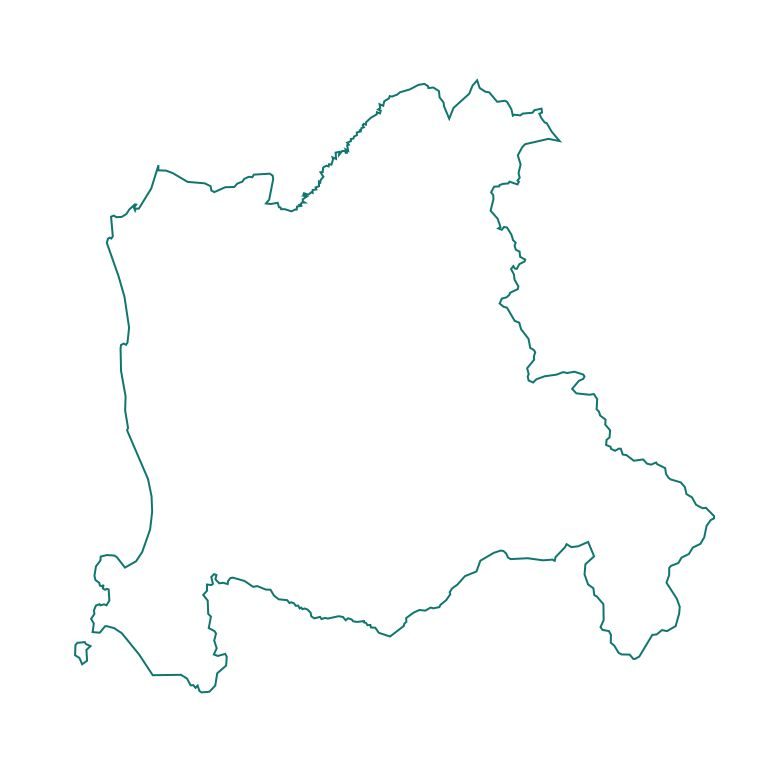 Lang Suan, Chumphon, Thailand (orthographic projection), rotated 177°
{"feature_id": "78962969B12315134210543", "entity_name": "Lang Suan", "entity_type": "district", "adm_level": 2, "iso_a3": "THA", "parent_name": "Thailand", "parent_adm1": "Chumphon", "projection": "orthographic", "projection_center": [99.044, 9.933], "detail": "fine", "context": "isolated", "style": "outline", "palette": "teal", "viewbox_px": 768, "rotation_deg": 177, "n_neighbors": 0, "source": "geoboundaries", "source_scale": "gbopen_adm2", "svg_char_len": 6138}
<svg xmlns="http://www.w3.org/2000/svg" viewBox="0 0 768 768"><g transform="rotate(177 384 384)"><path d="M61.5,232.5L61.3,234.8L69.0,243.5L72.5,243.3L78.7,247.1L82.4,254.7L87.7,258.2L88.9,265.2L92.7,270.2L102.7,273.7L104.7,275.4L107.1,279.5L107.6,285.3L115.5,289.7L116.4,291.4L121.4,289.5L125.6,290.7L129.1,295.1L138.5,294.3L145.6,300.3L149.3,301.1L150.9,306.9L152.8,307.2L156.8,305.2L160.7,307.4L161.0,309.4L165.4,311.5L164.6,316.6L161.6,318.8L160.6,325.9L165.2,331.9L164.6,336.8L169.8,341.2L170.8,345.2L173.0,347.6L171.9,357.8L175.0,363.0L179.2,362.5L192.4,364.6L196.4,369.3L189.2,377.0L184.7,378.7L183.4,381.0L184.5,383.0L193.2,386.3L200.5,385.4L204.4,386.5L211.3,384.3L223.2,383.3L231.7,380.7L235.0,377.7L239.4,379.9L240.1,383.9L239.0,386.2L240.2,392.3L232.8,400.4L232.9,403.7L231.3,407.8L232.6,410.2L236.1,412.4L237.3,421.5L244.3,431.6L245.7,438.2L250.2,440.2L257.2,453.8L260.3,454.7L264.3,458.3L261.9,463.1L257.2,464.1L254.0,466.6L253.5,468.4L245.4,471.8L244.7,474.5L248.2,481.4L248.5,486.6L251.1,492.1L248.7,495.0L247.2,492.3L245.3,492.1L242.6,496.6L237.2,499.0L236.5,500.8L241.4,503.9L241.7,509.1L245.3,511.2L246.4,515.1L245.1,518.1L247.6,520.9L248.9,526.4L252.9,533.8L255.9,534.5L258.3,531.8L261.7,533.4L259.5,534.6L261.8,543.0L268.5,551.5L265.1,562.6L265.0,566.8L267.0,569.9L263.7,575.3L258.6,575.3L258.2,576.6L254.9,577.6L249.3,577.8L248.1,579.5L240.2,576.3L238.7,578.9L240.0,580.1L237.7,582.9L238.6,587.6L236.1,596.1L238.4,605.3L233.7,613.1L230.5,616.1L206.9,620.2L195.9,617.4L203.4,627.3L207.8,635.9L209.9,636.8L213.0,641.4L214.7,645.8L212.0,646.8L212.3,650.7L219.4,649.6L221.5,647.1L231.4,646.8L233.8,645.1L239.6,646.1L241.3,645.2L242.4,651.7L246.3,659.3L248.4,660.5L256.2,659.9L263.7,669.8L267.5,670.6L273.0,674.6L275.1,682.4L280.0,677.3L283.7,669.4L300.1,656.1L305.0,645.5L309.5,658.2L309.8,662.1L313.5,667.3L313.8,673.6L319.2,677.5L324.2,677.2L324.4,679.1L328.0,681.6L334.0,680.9L342.9,676.8L353.0,674.4L355.5,672.4L361.0,670.6L363.2,671.2L364.2,668.9L368.9,666.4L370.2,661.9L373.8,663.6L373.3,659.9L375.5,658.4L372.9,657.2L373.9,654.4L376.8,655.8L377.2,653.6L383.3,650.5L388.2,646.3L388.5,643.9L390.7,644.8L391.8,643.5L390.6,641.4L393.2,640.7L393.6,638.8L394.8,638.6L394.2,637.4L398.0,636.6L398.0,633.9L401.0,632.7L401.6,630.7L404.3,630.4L404.3,628.3L408.1,626.9L406.6,624.8L408.3,624.3L407.6,618.7L410.0,620.2L408.9,616.9L410.1,616.8L410.7,618.8L413.7,618.8L416.8,615.2L416.4,618.2L420.2,617.6L420.1,611.3L423.5,613.0L423.1,611.2L425.0,605.8L427.3,606.4L427.9,604.2L430.0,605.0L432.4,604.0L433.5,603.2L434.1,598.9L436.3,598.8L433.7,594.1L436.7,590.8L437.1,588.5L438.4,589.5L438.5,584.9L442.0,583.9L441.4,581.8L445.1,581.5L445.3,578.6L446.5,579.3L449.7,577.0L453.9,578.7L454.4,577.5L452.8,576.6L454.2,576.1L451.3,575.2L455.6,572.6L455.4,570.4L453.8,569.4L456.3,569.5L457.7,568.2L457.3,566.9L458.8,567.1L458.0,566.1L461.6,565.7L462.2,561.9L462.4,563.3L467.4,561.3L474.0,563.8L477.6,563.9L478.1,565.7L479.6,566.0L480.7,570.5L487.7,569.7L492.4,570.5L489.0,574.2L483.9,594.5L484.3,597.9L487.0,600.0L503.0,599.9L504.7,597.4L508.2,598.0L512.9,596.1L514.8,593.5L519.8,591.9L523.3,588.6L532.3,588.8L543.4,584.5L546.3,586.3L546.8,590.6L552.6,593.8L569.5,596.1L584.0,605.7L590.5,608.5L598.2,609.2L597.8,614.3L606.2,591.4L619.7,571.9L622.7,572.2L623.5,570.3L624.5,573.1L622.1,576.1L623.3,576.5L629.2,571.6L632.4,567.2L637.2,564.6L642.6,564.6L645.0,566.3L647.8,565.4L647.1,545.6L648.7,543.5L650.3,544.5L652.1,543.5L653.4,539.4L643.5,505.7L638.6,484.6L635.6,453.6L638.0,438.8L639.6,436.6L641.7,438.0L644.5,436.8L645.2,433.6L645.9,410.7L642.7,385.0L643.9,371.1L641.9,353.6L643.0,351.2L624.6,301.3L622.0,283.9L622.2,268.5L625.2,250.9L634.3,228.8L640.9,219.9L652.3,214.2L659.8,225.0L662.3,226.8L669.7,227.7L675.9,226.5L676.5,222.5L681.2,216.9L683.2,207.7L682.4,203.3L678.8,200.4L678.3,197.6L675.9,196.6L674.6,198.2L675.4,194.5L673.3,193.1L671.3,194.0L669.7,193.2L669.6,182.1L672.7,177.5L675.0,178.6L678.8,177.8L679.6,179.0L683.3,177.8L685.5,173.1L685.2,169.6L688.8,164.8L686.3,159.9L688.0,151.5L680.9,150.5L675.2,156.7L673.7,156.7L666.4,154.4L658.9,148.9L642.6,126.5L630.2,105.3L601.9,104.2L596.1,100.1L592.9,93.2L590.2,93.3L588.2,90.4L585.9,92.6L584.4,87.1L582.4,85.6L574.5,85.8L568.3,91.6L565.7,103.8L556.4,111.1L555.3,119.8L556.7,122.8L564.2,121.1L568.1,122.8L564.9,128.8L567.0,136.7L564.8,143.5L566.3,146.2L571.8,149.4L569.0,160.8L571.6,163.7L571.4,177.0L575.6,182.8L571.5,186.9L571.3,193.0L566.9,192.3L565.3,193.4L566.6,200.3L563.6,203.0L561.3,202.0L562.6,197.9L559.0,193.6L555.0,193.9L550.6,192.4L550.0,195.4L547.5,198.3L545.0,198.5L533.6,194.6L525.3,188.3L521.1,188.8L512.8,184.9L508.1,184.5L505.0,178.5L500.4,174.5L492.0,173.2L489.9,170.2L488.0,170.9L485.3,169.6L483.7,167.1L481.3,167.2L480.0,164.3L478.5,165.1L477.2,163.4L475.0,164.0L472.1,162.7L469.3,159.5L468.7,155.7L465.9,153.6L460.0,154.8L458.7,152.5L455.4,153.5L452.3,152.7L441.4,154.5L437.2,153.5L434.7,150.1L432.1,151.9L428.5,150.5L427.3,148.7L423.6,147.8L416.4,148.3L416.6,147.1L414.4,146.3L413.1,144.0L410.2,144.1L409.9,141.6L405.5,141.1L402.2,135.8L391.2,131.5L376.8,141.4L376.2,143.7L374.1,145.3L374.1,149.1L366.5,154.1L360.4,156.5L354.6,155.5L349.2,158.3L346.4,157.4L340.4,158.3L339.2,160.5L333.1,165.0L328.8,170.6L329.3,172.6L326.8,176.2L321.1,179.9L313.2,187.9L301.5,191.9L297.0,202.5L283.1,209.7L276.4,211.5L273.6,211.1L270.9,208.4L269.3,204.2L266.6,202.5L249.8,202.5L234.4,199.6L225.0,199.8L222.8,198.5L221.7,202.2L211.8,211.5L210.1,214.5L205.4,211.3L198.5,211.8L188.4,215.6L183.2,200.9L192.3,193.5L193.7,183.4L190.7,173.2L185.6,169.0L185.0,162.1L182.7,160.8L176.4,152.6L177.0,136.7L180.5,129.9L178.7,127.0L172.3,125.5L170.5,121.5L171.1,113.8L167.7,110.6L163.8,103.3L160.9,101.5L152.8,100.9L149.5,96.5L148.0,96.2L143.3,98.5L129.2,119.4L124.7,119.7L119.3,123.7L114.3,122.4L105.4,127.0L101.3,139.2L100.3,145.9L102.8,154.2L112.3,170.8L109.2,178.3L108.8,185.4L106.9,187.4L99.4,189.8L96.0,195.0L88.4,198.3L84.2,204.5L76.4,207.8L72.2,214.2L69.3,225.4L64.9,231.0L61.5,232.5ZM705.8,139.4L706.7,129.3L702.5,126.4L700.1,119.9L695.0,123.2L695.1,134.0L690.8,137.6L695.5,140.1L696.2,141.9L703.7,141.6L705.8,139.4Z" fill="none" stroke="#0f766e" stroke-width="2"/></g></svg>